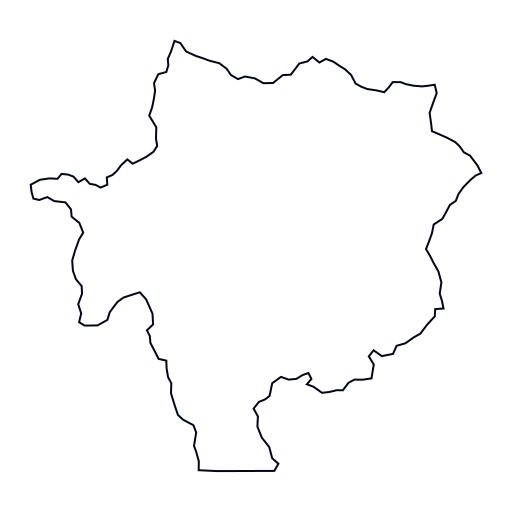 Salto de Pirapora, São Paulo, Brazil
{"feature_id": "56859067B30320122732425", "entity_name": "Salto de Pirapora", "entity_type": "district", "adm_level": 2, "iso_a3": "BRA", "parent_name": "Brazil", "parent_adm1": "São Paulo", "projection": "natural_earth1", "projection_center": [-47.59, -23.661], "detail": "fine", "context": "isolated", "style": "outline", "palette": "ink", "viewbox_px": 512, "rotation_deg": 0, "n_neighbors": 0, "source": "geoboundaries", "source_scale": "gbopen_adm2", "svg_char_len": 2445}
<svg xmlns="http://www.w3.org/2000/svg" viewBox="0 0 512 512"><path d="M30.7,184.7L31.6,192.1L33.4,198.6L39.2,200.0L47.3,197.1L54.3,201.1L65.5,202.4L71.0,209.4L71.6,216.6L79.3,222.9L83.2,232.6L79.1,239.4L75.0,250.8L72.2,260.5L72.9,270.7L75.9,279.2L81.7,286.2L82.0,293.8L78.2,304.2L81.2,313.4L79.1,322.2L84.4,325.5L91.7,325.5L97.6,325.4L107.4,319.9L109.7,312.3L113.2,307.5L117.5,301.9L123.6,297.5L131.0,295.1L139.8,292.3L146.1,299.3L152.5,313.7L153.1,324.4L146.9,330.3L149.8,335.9L150.4,342.9L155.2,352.1L158.6,358.9L166.3,360.6L166.6,368.5L168.1,377.3L171.3,383.2L171.0,393.3L174.6,405.1L177.9,414.9L183.2,419.8L193.4,425.2L196.2,432.5L194.0,445.9L196.2,451.8L198.8,461.2L198.7,470.2L217.1,471.1L274.3,470.9L278.4,463.7L272.2,458.3L269.2,447.0L261.9,437.8L257.4,426.6L257.9,416.4L253.6,408.6L258.9,401.9L265.1,399.4L269.6,395.9L272.2,383.2L281.0,376.9L288.6,379.6L296.3,378.9L302.5,375.1L308.4,373.0L311.4,378.9L306.9,384.3L313.4,386.7L322.0,392.8L329.3,392.0L336.7,390.2L342.8,390.3L348.5,382.8L354.4,379.6L362.6,379.7L371.5,378.4L372.7,370.9L373.8,364.5L368.8,356.4L373.6,350.3L381.8,356.1L393.0,353.9L396.6,345.8L405.4,343.3L413.7,337.4L420.4,333.6L427.1,324.7L434.8,316.3L435.2,309.1L443.5,308.5L442.0,301.0L439.7,293.6L441.4,282.4L438.4,271.4L433.4,262.6L430.1,256.0L426.0,249.0L428.7,242.3L432.0,233.1L433.7,224.5L442.3,218.9L446.1,212.2L449.9,204.9L455.8,200.9L458.4,194.2L463.2,187.3L470.6,179.8L475.7,175.5L481.3,173.0L477.4,165.4L470.0,155.6L463.8,152.3L459.7,146.4L455.2,142.1L448.0,138.2L441.1,135.1L432.0,131.2L431.1,123.5L429.6,112.9L433.2,102.6L436.7,93.1L434.7,84.7L428.5,85.7L422.2,86.4L413.4,85.7L405.8,84.1L400.6,82.1L392.7,82.1L388.7,87.5L384.2,92.2L376.5,90.4L367.1,89.0L361.5,86.8L355.6,83.6L351.2,75.1L345.3,69.5L339.1,65.6L333.4,61.7L325.9,58.9L319.4,62.5L312.5,56.9L307.5,61.4L299.3,63.5L290.8,74.7L282.8,75.1L273.0,83.0L263.4,83.2L254.9,78.4L245.0,76.5L238.0,79.1L231.0,75.1L226.7,68.8L219.3,63.2L209.4,60.7L202.8,58.2L196.0,56.0L186.1,51.5L180.4,43.1L174.5,40.9L171.0,51.5L167.8,58.9L168.3,65.4L166.3,72.0L158.3,74.2L154.0,83.2L155.1,90.6L153.9,98.7L152.1,107.5L149.2,115.6L156.3,127.3L156.0,138.6L157.2,146.0L153.4,151.9L146.3,156.8L139.5,160.4L132.7,163.7L127.3,159.4L121.2,165.1L116.8,171.0L112.4,175.0L106.8,177.4L107.3,184.7L100.6,187.6L95.6,184.9L89.7,183.8L84.9,178.4L78.4,182.2L73.5,176.6L68.2,174.6L61.6,173.9L57.5,178.8L49.3,178.4L39.9,179.8L30.7,184.7Z" fill="none" stroke="#020617" stroke-width="2"/></svg>